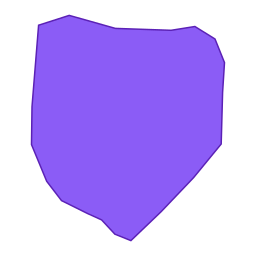 an SVG outline of Shirvan
{"feature_id": "AZE-5563", "entity_name": "Shirvan", "entity_type": "Municipality", "adm_level": 1, "iso_a3": "AZE", "parent_name": "Azerbaijan", "parent_adm1": "", "projection": "orthographic", "projection_center": [48.916, 39.944], "detail": "fine", "context": "isolated", "style": "filled", "palette": "violet", "viewbox_px": 256, "rotation_deg": 0, "n_neighbors": 0, "source": "natural_earth", "source_scale": "10m", "svg_char_len": 357}
<svg xmlns="http://www.w3.org/2000/svg" viewBox="0 0 256 256"><path d="M114.9,234.2L101.6,219.9L87.7,213.6L61.5,200.6L46.7,181.3L31.5,144.6L32.0,106.7L38.6,25.2L69.2,15.4L115.4,28.4L171.1,30.3L194.9,26.5L215.0,39.0L224.5,62.6L222.6,92.4L221.2,144.0L193.6,177.6L161.2,211.6L130.9,240.6L114.9,234.2Z" fill="#8b5cf6" stroke="#5b21b6" stroke-width="1.5"/></svg>